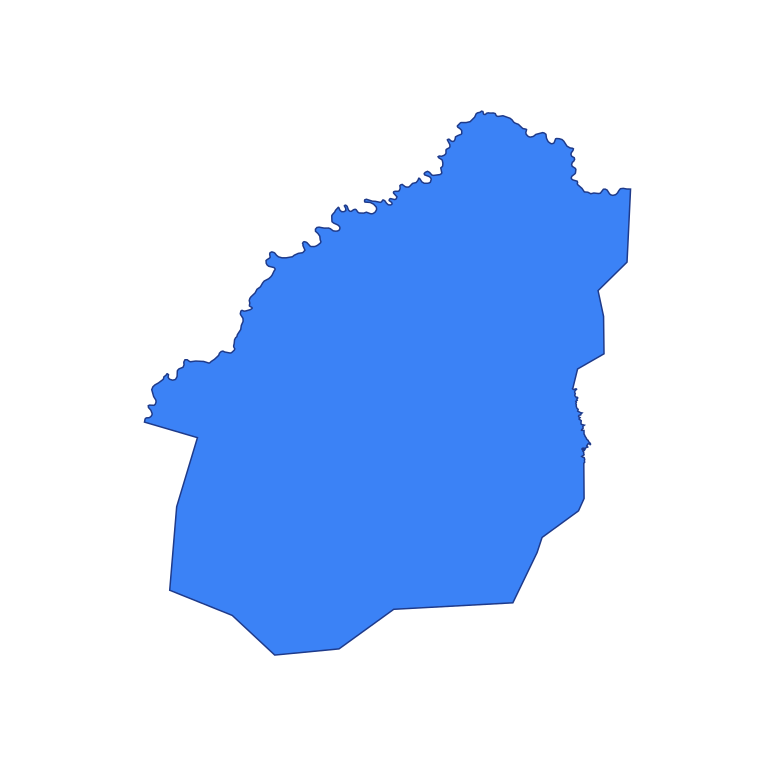 Sant, Selenge, Mongolia, rotated 195°
{"feature_id": "93677404B33793870278074", "entity_name": "Sant", "entity_type": "district", "adm_level": 2, "iso_a3": "MNG", "parent_name": "Mongolia", "parent_adm1": "Selenge", "projection": "equal_earth", "projection_center": [105.356, 49.376], "detail": "fine", "context": "isolated", "style": "filled", "palette": "blue", "viewbox_px": 768, "rotation_deg": 195, "n_neighbors": 0, "source": "geoboundaries", "source_scale": "gbopen_adm2", "svg_char_len": 6158}
<svg xmlns="http://www.w3.org/2000/svg" viewBox="0 0 768 768"><g transform="rotate(195 384 384)"><path d="M196.3,636.1L199.9,635.2L203.5,634.9L206.0,633.9L206.6,633.1L207.6,630.4L207.7,629.4L208.5,628.0L209.3,626.8L211.8,625.4L213.7,625.4L215.3,626.0L218.7,629.1L220.8,629.5L222.5,628.9L224.4,624.3L226.1,623.5L230.7,622.8L233.5,621.3L236.7,622.0L240.2,621.4L243.4,624.2L248.5,626.7L249.1,627.4L249.2,628.9L249.9,629.9L254.1,630.0L255.5,630.4L256.3,631.1L256.5,631.9L256.3,633.3L253.9,636.6L253.7,637.4L254.2,640.9L255.0,641.8L258.6,643.0L259.6,644.6L259.4,647.1L258.5,648.0L258.0,650.3L258.8,651.8L261.7,652.6L262.9,654.3L262.9,655.9L261.9,658.5L261.9,660.2L262.8,660.5L265.4,660.2L268.8,661.1L273.2,665.1L275.3,666.2L278.2,666.3L280.8,665.8L281.7,665.2L282.1,661.3L282.5,660.4L284.1,659.5L285.1,659.4L288.0,660.5L289.2,661.7L290.7,663.5L292.2,667.1L294.1,667.9L295.8,667.9L301.9,664.4L303.8,661.8L306.4,660.4L307.5,660.3L308.9,660.5L311.3,662.0L312.1,663.6L312.1,666.6L312.7,666.9L316.1,666.7L321.4,669.6L324.7,669.9L326.5,670.5L328.7,672.3L331.0,673.3L338.5,673.9L342.7,672.1L344.0,671.9L345.1,672.3L346.5,674.0L348.3,674.1L351.8,673.1L353.5,672.9L355.1,672.0L355.7,670.7L356.9,670.3L357.7,670.5L359.0,672.8L360.4,672.8L361.6,671.3L363.9,670.1L364.9,668.9L365.5,665.2L368.7,659.7L372.3,657.8L377.2,656.5L377.8,656.0L379.9,652.4L379.8,651.8L379.1,651.1L376.9,650.4L374.6,649.0L373.7,646.0L374.1,645.2L377.2,642.9L378.9,641.2L378.7,638.4L379.2,636.9L379.7,636.4L380.2,636.1L381.8,636.0L384.5,637.3L385.3,637.1L386.0,636.2L382.4,632.3L381.8,630.7L381.8,629.8L382.2,629.0L384.4,626.9L384.7,626.1L383.9,623.1L384.0,622.2L384.9,620.7L387.2,618.9L389.7,618.5L390.6,617.5L389.7,616.7L386.1,615.6L385.4,614.8L384.3,612.5L383.8,610.0L383.9,609.2L385.1,607.4L382.9,603.1L382.9,602.2L384.1,600.8L390.1,598.3L391.8,598.2L394.8,600.2L397.0,600.7L398.9,599.2L399.5,598.1L399.6,597.4L398.8,596.5L394.3,596.1L392.8,595.6L391.9,594.8L391.3,593.7L391.5,590.8L392.3,590.0L393.7,589.2L397.1,588.3L399.7,589.0L402.9,591.8L403.7,591.7L404.0,589.3L405.1,586.9L408.4,585.1L410.5,581.3L411.4,580.5L413.6,580.0L414.9,580.2L418.1,581.5L419.4,580.7L420.0,579.7L419.0,577.2L419.2,575.3L419.5,574.4L420.2,573.8L423.2,573.0L424.3,572.3L424.5,571.7L424.1,570.8L419.9,568.1L420.1,566.3L420.6,565.4L421.6,564.9L425.6,564.8L426.1,564.6L426.6,563.6L426.5,562.5L423.7,561.4L423.0,560.6L422.9,560.0L423.1,559.4L424.0,558.6L426.2,558.2L428.4,559.3L430.6,561.2L432.2,561.6L432.8,561.4L433.5,559.4L434.5,558.5L439.7,558.2L442.5,557.6L448.8,557.9L450.2,557.0L450.3,556.4L450.0,555.3L449.5,554.8L444.3,555.8L440.6,555.0L437.4,553.0L436.7,551.9L436.3,550.4L437.0,547.8L438.6,545.9L439.9,545.2L441.2,545.0L445.5,545.4L447.8,543.8L452.1,542.8L453.5,543.1L456.1,545.2L457.1,545.3L458.5,544.5L460.3,542.3L461.5,542.0L462.8,542.5L463.6,543.2L465.6,546.1L467.1,546.8L467.8,546.7L468.4,545.8L466.5,543.8L465.8,541.6L467.3,540.1L469.4,539.5L470.9,540.1L472.0,540.9L473.2,542.6L473.9,542.8L475.8,539.2L476.1,537.4L477.7,534.3L478.0,533.0L476.6,528.3L476.2,527.3L474.2,526.4L469.9,525.7L468.4,525.0L467.3,524.1L466.9,523.1L466.9,521.8L467.3,520.8L468.6,519.7L470.3,519.1L472.7,518.8L476.0,520.1L477.9,520.3L482.1,519.1L487.3,518.7L489.3,517.8L490.3,515.8L489.7,513.8L486.8,512.3L484.3,510.2L482.9,506.7L481.8,505.2L481.8,504.2L482.3,503.2L484.2,500.7L485.8,499.3L486.9,498.7L490.1,497.9L490.9,498.0L495.0,500.6L496.2,500.9L498.0,500.8L498.6,500.3L499.1,498.8L498.3,497.8L498.1,496.7L495.0,492.8L496.0,490.6L496.7,489.7L500.6,488.0L504.0,485.2L505.4,483.2L511.3,480.5L515.1,479.5L518.8,479.5L521.1,480.5L523.2,482.1L524.2,482.5L526.5,482.6L528.0,481.4L528.1,480.0L526.8,477.1L527.1,476.1L529.2,473.8L529.9,472.7L529.0,470.1L527.8,468.8L525.9,467.9L520.4,468.0L519.2,467.3L518.8,466.3L519.4,464.9L520.3,460.1L521.1,458.2L522.6,455.9L526.4,452.4L527.4,450.1L528.5,445.9L531.2,442.6L532.1,438.6L535.0,433.9L535.7,432.1L535.8,429.8L534.5,427.3L534.4,425.2L534.1,424.5L531.4,423.7L531.0,423.3L531.0,422.8L532.4,421.2L536.4,418.8L538.1,418.1L540.0,418.4L540.7,418.1L541.1,417.3L541.0,414.7L540.4,413.8L537.2,410.9L536.3,408.0L537.0,403.7L536.5,399.6L538.4,393.8L538.4,391.5L539.3,390.3L539.8,388.0L539.2,384.4L539.1,381.8L538.7,380.9L537.2,379.3L537.4,377.9L539.4,374.8L540.5,374.1L546.2,373.7L548.1,374.1L549.7,373.2L550.9,371.2L551.1,368.9L554.2,363.9L556.7,361.1L557.8,359.3L558.6,358.9L564.1,359.1L571.9,357.4L576.7,355.4L577.8,355.5L580.4,356.5L582.5,355.9L583.0,353.7L582.9,352.8L582.1,350.8L582.5,348.1L585.9,345.6L586.9,343.8L587.0,343.1L585.8,337.7L586.3,335.3L586.8,334.3L589.1,333.0L592.4,333.1L594.2,334.5L594.6,337.3L596.0,337.8L596.4,337.5L596.9,335.9L598.4,334.1L598.4,331.8L598.6,331.2L602.2,326.6L605.0,323.9L606.5,321.5L606.9,318.4L603.2,312.2L600.2,309.4L599.5,307.6L599.7,305.2L600.6,303.9L605.1,302.9L606.1,302.0L605.4,300.3L602.4,298.3L600.3,295.4L600.1,294.3L600.6,292.5L601.3,291.5L602.3,290.6L604.7,289.8L605.5,289.0L605.7,288.2L605.5,285.2L550.3,283.9L552.5,211.8L537.6,129.3L470.7,121.2L419.4,93.9L358.9,116.5L316.3,168.9L202.9,206.0L192.5,260.8L191.6,276.7L163.3,311.8L161.1,325.2L170.5,359.2L169.9,360.3L170.6,361.9L170.6,363.1L171.6,364.7L173.3,364.8L174.3,365.2L172.5,367.2L172.5,367.7L173.1,368.4L173.4,369.7L174.5,370.6L173.3,371.7L173.0,372.7L173.8,372.9L175.3,371.9L175.8,372.1L176.0,372.5L175.7,373.2L175.1,373.6L172.7,374.0L172.1,375.4L170.9,375.7L171.1,376.3L172.2,376.9L171.4,379.1L170.0,379.3L169.2,378.8L168.9,379.4L169.6,380.2L171.2,381.1L172.3,382.4L174.0,383.1L174.3,383.8L176.5,385.8L176.7,386.3L177.8,387.4L178.8,390.9L181.2,390.4L181.3,391.1L180.2,392.9L181.0,394.5L179.8,396.1L182.9,396.1L183.6,397.1L184.0,399.6L186.5,400.6L186.5,401.1L185.9,402.3L187.2,402.6L187.8,403.3L187.4,404.4L186.0,405.0L186.0,406.0L185.2,407.3L186.6,407.2L189.9,407.9L189.9,409.8L191.3,410.4L192.7,412.5L192.8,413.7L193.7,414.7L193.4,416.0L194.3,416.9L193.1,418.3L194.0,419.3L193.3,420.3L193.3,420.8L193.9,421.2L195.2,421.0L196.7,422.2L196.9,422.8L196.7,424.1L197.8,425.5L197.7,427.0L196.6,428.8L196.8,429.0L197.4,429.0L199.6,427.7L200.7,428.2L200.5,429.2L200.9,448.6L179.3,470.1L189.4,506.1L201.4,529.6L180.8,564.6L196.3,636.1Z" fill="#3b82f6" stroke="#1e3a8a" stroke-width="1.5"/></g></svg>